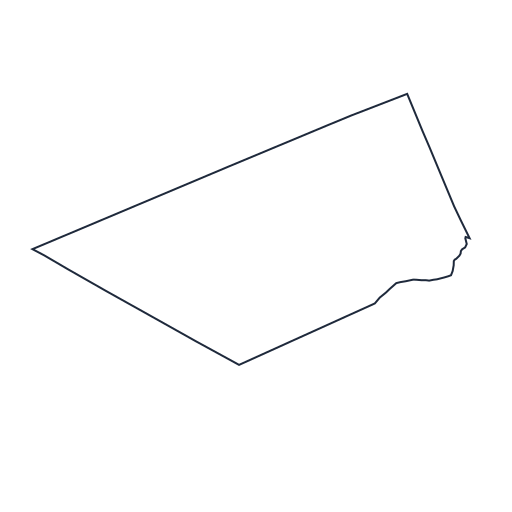 Iférouane, Agadez, Niger, rotated 248°
{"feature_id": "23599985B42361363165505", "entity_name": "Iférouane", "entity_type": "district", "adm_level": 2, "iso_a3": "NER", "parent_name": "Niger", "parent_adm1": "Agadez", "projection": "equal_earth", "projection_center": [8.793, 20.451], "detail": "fine", "context": "isolated", "style": "outline", "palette": "slate", "viewbox_px": 512, "rotation_deg": 248, "n_neighbors": 0, "source": "geoboundaries", "source_scale": "gbopen_adm2", "svg_char_len": 739}
<svg xmlns="http://www.w3.org/2000/svg" viewBox="0 0 512 512"><g transform="rotate(248 256 256)"><path d="M192.5,460.7L212.9,459.2L227.8,458.3L262.4,457.9L291.8,457.6L309.6,457.2L349.7,456.9L350.6,397.0L350.4,371.1L349.2,264.3L346.1,51.3L335.9,59.9L314.5,76.4L279.7,103.9L238.9,136.7L199.6,168.2L161.4,199.5L167.5,348.4L171.1,355.2L173.5,363.0L175.4,367.7L178.3,375.9L177.7,380.1L176.5,385.4L175.2,392.9L174.0,395.6L171.7,400.1L169.7,404.9L168.3,407.3L167.5,411.6L166.6,415.0L165.6,422.4L165.2,426.5L165.1,429.6L168.4,432.7L173.3,435.8L177.2,437.5L178.2,438.9L178.4,440.6L180.1,444.7L181.6,446.6L183.8,447.8L185.0,449.6L185.6,453.1L188.2,455.9L194.0,456.7L195.1,457.5L192.5,460.7Z" fill="none" stroke="#1e293b" stroke-width="2"/></g></svg>